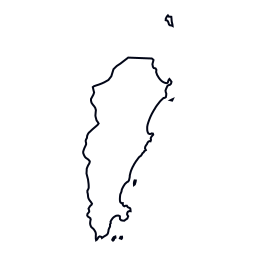 the district of Florianópolis, Santa Catarina, Brazil
{"feature_id": "56859067B31215399006442", "entity_name": "Florianópolis", "entity_type": "district", "adm_level": 2, "iso_a3": "BRA", "parent_name": "Brazil", "parent_adm1": "Santa Catarina", "projection": "mercator", "projection_center": [-48.495, -27.558], "detail": "fine", "context": "isolated", "style": "outline", "palette": "ink", "viewbox_px": 256, "rotation_deg": 0, "n_neighbors": 0, "source": "geoboundaries", "source_scale": "gbopen_adm2", "svg_char_len": 4042}
<svg xmlns="http://www.w3.org/2000/svg" viewBox="0 0 256 256"><path d="M95.7,112.0L95.4,115.5L95.6,116.9L96.0,118.3L96.3,119.5L96.6,120.5L97.6,121.8L98.6,123.5L97.7,124.8L96.0,126.3L92.6,129.2L91.0,130.7L90.1,131.6L88.8,132.7L87.9,134.1L87.2,135.7L86.9,138.0L86.0,139.6L85.7,140.7L85.8,141.9L86.1,143.0L86.1,144.4L85.4,146.0L84.4,148.1L83.8,149.7L83.2,151.6L83.2,153.0L83.9,154.9L84.9,156.8L85.8,157.8L87.4,158.9L88.4,159.6L89.8,161.3L89.6,162.6L89.1,163.8L88.2,165.2L87.6,166.5L87.1,167.7L86.7,168.9L86.7,170.1L86.6,171.7L86.5,173.5L87.1,175.9L87.4,177.1L88.0,179.4L88.3,181.7L88.6,184.1L88.7,185.9L88.7,187.9L88.1,189.5L87.4,190.6L87.4,192.3L87.8,193.8L88.0,195.7L88.1,196.9L88.5,198.4L89.2,199.7L89.8,200.6L91.0,202.1L92.0,203.7L91.5,204.8L90.3,205.8L89.4,207.1L88.5,208.7L89.1,210.3L89.2,211.7L88.4,212.8L87.5,213.8L87.2,215.4L87.8,216.5L89.2,217.4L90.3,218.2L90.7,219.5L90.4,220.7L90.2,222.0L90.1,223.3L90.3,224.8L91.1,226.8L92.1,227.8L93.0,228.5L94.0,229.6L94.6,230.6L95.3,231.7L95.7,232.9L95.9,234.2L95.8,235.7L95.8,237.0L95.8,238.6L96.1,240.2L97.1,239.5L98.5,237.1L99.7,236.4L101.4,236.9L101.9,238.0L103.1,237.1L104.3,236.3L105.4,235.7L106.7,234.9L107.8,233.6L108.1,232.5L108.4,231.2L108.6,229.7L109.2,228.1L109.8,227.1L110.1,226.0L110.0,224.4L110.8,223.0L110.5,221.8L111.4,220.0L112.6,218.3L113.7,217.2L114.8,216.5L115.8,215.9L117.1,215.6L118.6,215.6L119.9,216.3L119.9,217.8L120.0,219.1L121.2,220.3L122.8,220.6L124.3,220.7L125.4,219.8L126.3,219.2L127.3,218.6L127.7,217.5L128.2,216.2L127.1,214.6L127.2,213.1L127.9,211.7L129.3,211.1L130.6,211.2L130.4,208.9L129.8,208.0L128.8,207.7L127.7,207.1L126.8,205.7L125.3,205.8L124.3,206.3L123.3,205.6L122.7,204.4L122.8,203.1L121.4,203.1L120.4,202.3L120.0,201.2L119.9,199.9L119.9,198.4L120.0,196.8L120.2,194.9L120.5,193.8L121.0,192.8L121.5,191.4L121.8,189.6L122.3,188.5L122.9,187.3L123.5,186.2L124.2,185.1L125.0,183.9L126.1,182.9L127.0,182.1L128.2,181.5L129.0,180.2L129.4,178.5L129.7,177.1L129.8,175.4L130.1,174.1L130.5,172.5L130.9,171.1L131.4,169.8L132.1,168.2L132.7,166.9L133.4,165.7L134.2,164.1L135.0,162.9L135.9,161.4L136.9,160.1L137.6,159.1L138.4,158.0L139.5,156.7L140.7,156.0L141.7,154.7L142.5,153.2L143.7,152.3L144.2,151.2L145.9,150.1L145.0,148.4L145.2,146.9L145.9,145.5L146.9,144.2L147.5,142.8L148.4,141.6L149.6,141.1L150.5,141.3L151.0,139.9L150.7,138.3L151.5,136.6L152.4,135.6L153.2,134.7L152.9,133.6L151.7,133.4L150.8,133.9L149.6,134.0L148.4,133.5L147.7,132.1L147.3,130.7L147.2,129.1L147.2,126.9L147.6,124.7L148.3,122.4L149.0,120.4L149.6,118.8L150.1,117.6L150.6,116.4L151.1,115.4L151.8,113.9L152.8,112.1L154.1,109.8L154.8,108.8L155.5,107.5L156.3,106.3L157.3,104.9L158.5,103.4L159.4,102.2L160.4,101.0L161.8,99.6L162.7,98.8L163.5,98.0L164.6,97.9L165.8,97.2L166.2,95.3L166.3,93.6L165.8,92.3L165.5,90.6L166.0,89.1L166.6,87.7L167.4,86.0L168.4,85.2L169.9,84.8L171.0,83.7L171.5,81.8L170.8,80.8L170.1,79.8L169.4,79.0L168.7,79.9L168.2,81.2L167.8,82.6L166.8,83.2L165.7,83.0L164.6,82.7L163.3,82.1L161.9,81.2L160.9,80.3L159.9,79.2L158.7,77.6L157.9,76.2L157.1,74.9L156.6,73.4L156.1,72.0L156.3,70.9L156.3,69.6L155.5,68.4L153.7,68.0L152.9,66.8L152.7,65.6L152.4,64.2L152.8,62.7L153.2,61.2L153.5,60.0L152.7,59.2L151.8,58.5L128.2,57.6L120.4,63.6L116.9,65.9L115.7,67.0L113.5,69.2L111.3,76.3L108.4,80.0L104.3,82.3L101.9,83.4L98.8,84.6L96.6,85.3L94.0,86.2L92.8,87.1L93.1,88.4L93.5,90.2L94.1,92.5L93.4,94.6L91.0,99.0L91.0,100.7L91.5,102.7L92.7,104.5L94.2,106.3L95.2,107.8L95.9,110.1L95.7,112.0ZM172.4,24.4L171.8,21.9L171.6,20.3L171.5,18.6L171.3,16.8L170.1,16.7L168.7,16.6L167.9,15.4L166.9,16.5L165.8,18.6L165.7,20.2L167.3,20.6L168.0,21.5L168.5,22.8L169.0,24.5L170.0,25.3L171.4,25.4L172.6,26.0L172.4,24.4ZM113.9,239.8L114.3,238.4L115.5,237.7L115.3,236.5L113.8,237.1L112.9,238.3L112.2,239.8L113.0,240.6L113.9,239.8ZM134.8,184.4L135.2,183.1L135.6,181.8L135.8,180.5L134.6,180.4L134.2,181.4L133.9,183.2L134.0,185.0L134.8,184.4ZM122.1,237.9L122.0,236.7L120.6,236.8L119.9,238.3L121.5,238.9L122.1,237.9ZM172.8,99.1L171.7,99.6L170.5,100.2L172.1,100.6L172.8,99.1Z" fill="none" stroke="#020617" stroke-width="2"/></svg>